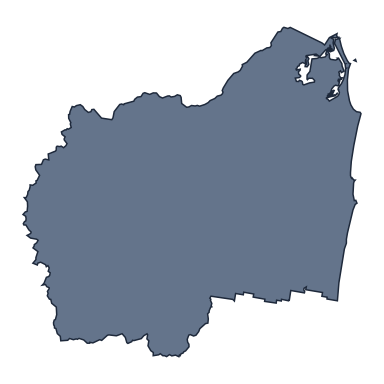 the district of Tweed, New South Wales, Australia
{"feature_id": "25037944B14398404968325", "entity_name": "Tweed", "entity_type": "district", "adm_level": 2, "iso_a3": "AUS", "parent_name": "Australia", "parent_adm1": "New South Wales", "projection": "natural_earth1", "projection_center": [153.453, -28.35], "detail": "fine", "context": "isolated", "style": "filled", "palette": "slate", "viewbox_px": 384, "rotation_deg": 0, "n_neighbors": 0, "source": "geoboundaries", "source_scale": "gbopen_adm2", "svg_char_len": 5771}
<svg xmlns="http://www.w3.org/2000/svg" viewBox="0 0 384 384"><path d="M337.4,300.8L338.9,282.8L344.4,248.9L346.4,243.2L346.4,239.2L347.5,232.8L353.0,209.9L355.2,204.4L357.0,203.2L355.8,200.3L354.3,200.6L353.0,194.2L353.6,183.2L354.1,181.4L355.2,180.1L353.8,180.0L352.2,178.0L351.9,178.5L351.3,177.9L350.5,175.7L350.5,172.6L351.3,161.4L353.8,145.6L357.7,126.1L361.0,113.7L360.1,112.3L356.5,111.7L353.4,109.2L350.9,105.0L349.5,100.9L347.6,90.9L347.4,80.0L348.5,69.2L350.5,63.6L349.2,63.3L347.3,60.6L343.8,53.5L341.4,46.4L339.6,39.0L339.9,38.5L335.5,39.6L334.5,43.2L345.0,63.9L345.6,63.9L345.1,64.3L345.6,68.3L346.1,68.3L345.6,68.6L345.0,74.4L343.3,79.8L341.5,83.5L338.2,88.1L338.3,89.6L339.2,90.0L338.3,90.0L339.4,92.3L338.8,94.7L337.6,96.3L329.3,101.1L327.9,99.3L326.5,98.6L326.5,97.8L331.2,96.6L327.3,97.4L327.5,96.4L329.1,96.2L327.6,95.6L328.2,94.7L330.3,96.2L329.0,94.2L331.1,94.8L332.5,91.8L333.3,92.3L331.5,95.1L331.4,95.8L331.7,96.5L335.0,95.8L337.3,93.8L337.1,93.3L335.1,95.4L334.3,94.8L331.6,95.9L334.2,90.5L333.7,90.3L332.3,91.1L330.5,93.7L329.6,93.5L330.7,92.4L331.8,88.8L334.0,86.1L335.6,85.2L337.7,85.8L338.6,85.3L340.1,79.5L338.6,81.6L338.0,80.8L338.5,79.2L341.4,79.3L342.2,77.8L340.6,77.8L339.2,75.2L339.5,74.1L338.8,72.1L340.5,70.8L341.3,72.6L343.7,71.4L343.7,70.2L342.1,66.1L341.9,63.7L338.5,58.1L337.5,58.2L337.9,58.5L337.4,59.3L335.5,60.1L330.4,59.3L329.4,57.6L329.4,54.0L326.9,50.3L325.7,54.0L327.1,54.7L325.0,57.0L321.0,57.7L319.6,57.2L317.0,58.4L312.0,58.9L309.9,71.5L307.1,75.0L307.0,79.1L307.4,79.7L308.8,78.3L312.5,78.3L314.6,80.5L314.4,82.1L309.5,82.9L303.9,84.9L302.8,84.4L302.3,81.8L301.5,81.0L299.4,80.3L298.6,81.5L296.4,81.4L295.3,78.1L299.2,77.6L300.6,76.6L300.6,75.7L298.7,74.1L298.5,71.6L300.0,70.4L300.2,69.2L295.8,70.2L296.6,69.7L296.1,69.0L296.8,68.6L297.6,66.4L299.2,65.8L299.5,64.2L302.5,62.5L306.0,63.9L305.4,61.1L305.8,59.1L306.4,63.9L305.4,64.7L305.1,66.6L307.1,66.8L308.8,64.5L307.9,60.8L308.9,58.7L307.5,56.6L306.1,58.5L306.4,57.1L305.9,56.2L306.4,55.6L316.1,54.1L317.4,55.0L315.1,55.0L314.6,55.6L320.0,56.3L325.7,49.8L327.2,49.3L327.9,48.1L330.0,47.6L330.5,46.4L329.7,46.0L330.0,45.4L330.7,46.7L330.6,48.3L331.9,48.8L332.2,49.9L330.9,50.5L329.3,49.5L330.0,48.8L330.5,49.8L331.3,49.6L329.9,48.1L328.5,48.5L327.7,49.9L330.2,51.8L333.7,50.5L334.4,48.4L333.1,42.9L333.7,39.3L331.4,38.2L332.4,37.1L335.3,37.9L336.7,37.2L337.7,37.6L339.7,37.3L337.4,37.2L336.6,35.3L337.0,33.7L329.4,37.6L324.6,45.0L322.1,43.0L290.2,27.4L287.9,28.5L283.9,27.3L282.5,28.3L280.8,31.5L277.9,32.0L276.7,33.8L270.9,42.8L271.4,45.5L269.9,47.5L266.8,47.9L262.0,50.7L261.0,50.4L254.9,53.2L246.8,62.3L242.2,64.6L242.5,66.2L240.2,70.4L238.2,71.9L233.7,73.5L227.9,80.3L223.3,87.9L222.2,90.6L223.0,92.1L222.4,93.8L220.9,95.2L217.3,96.1L214.8,98.5L210.1,100.6L208.2,102.6L204.8,104.5L199.6,106.2L197.3,105.4L195.2,106.0L191.5,105.5L189.0,106.9L186.7,107.3L181.7,103.5L181.1,97.3L180.2,95.6L177.3,94.8L174.6,96.4L171.1,97.0L169.4,95.9L167.7,96.0L162.5,98.0L159.4,96.6L156.5,93.0L153.2,92.9L149.7,94.4L144.8,92.7L143.1,93.3L141.0,96.6L137.4,97.1L134.7,99.3L133.8,101.2L124.2,103.8L123.7,104.7L121.5,104.0L119.7,104.5L114.2,111.6L113.0,117.8L111.8,119.7L101.5,118.1L93.9,109.3L91.8,109.6L90.9,111.7L88.3,112.4L84.7,109.5L82.8,106.5L80.3,104.7L76.4,105.6L74.4,107.0L72.2,106.5L70.1,111.4L69.6,114.3L68.6,114.6L68.7,118.4L70.8,122.6L70.3,124.0L71.2,127.5L68.3,129.2L67.2,128.7L66.0,130.0L65.1,129.8L61.4,131.9L62.1,134.5L65.1,136.8L64.1,139.0L64.3,140.0L67.0,143.6L66.0,145.6L63.6,147.7L61.1,146.1L60.0,146.6L57.1,146.2L56.3,147.1L56.2,150.1L55.5,151.1L48.2,154.0L48.8,159.9L45.2,159.1L43.4,159.8L41.5,164.4L35.9,164.6L35.2,166.7L35.8,169.9L39.6,175.3L37.1,180.4L36.0,180.8L36.1,183.0L32.7,185.3L30.1,184.9L30.1,186.7L29.2,190.2L28.0,191.5L27.6,194.6L26.1,197.6L24.3,197.6L27.4,201.8L27.6,206.3L27.1,211.4L25.3,211.9L23.0,214.5L25.7,216.3L26.1,218.7L25.8,220.9L24.5,221.6L23.3,223.7L23.9,225.0L25.9,225.0L28.9,229.9L31.0,231.8L31.0,232.9L29.7,234.1L27.0,235.4L30.6,238.1L36.6,239.2L38.1,240.3L36.7,242.8L34.3,244.6L34.1,246.2L33.0,247.9L37.9,251.6L35.9,257.6L35.9,259.6L32.9,263.2L37.3,265.0L37.9,263.1L40.7,262.2L45.6,264.7L46.3,266.7L47.9,265.6L49.2,267.9L48.2,271.3L50.2,272.8L49.7,275.3L48.6,276.6L46.4,277.3L44.0,283.3L42.3,285.1L45.5,284.5L46.7,286.6L49.1,287.7L49.2,288.6L47.4,291.4L48.1,293.2L47.3,295.8L49.4,299.1L50.8,299.4L51.7,303.3L56.3,307.1L56.7,314.7L55.4,319.5L54.2,320.1L53.5,322.7L53.7,325.0L54.3,325.7L54.5,328.0L55.9,328.5L57.3,333.6L60.3,336.3L60.8,340.8L67.7,340.3L69.6,338.5L73.4,339.7L76.2,338.9L77.4,339.3L79.0,338.4L83.7,339.9L87.2,343.2L89.7,343.2L89.8,342.3L92.9,342.9L99.7,339.7L101.7,340.4L107.4,335.3L108.9,334.9L116.4,335.8L122.1,333.7L125.3,337.4L126.8,342.6L127.9,343.4L131.7,341.7L132.5,340.3L133.9,340.6L141.3,338.6L143.8,335.7L147.0,333.8L147.6,334.7L146.9,338.9L148.8,340.8L148.0,345.8L150.8,350.7L153.3,352.5L153.2,355.7L158.7,354.8L160.3,353.7L162.8,355.7L164.7,355.7L166.6,356.6L169.5,354.6L171.8,355.9L175.5,355.1L178.9,356.7L179.4,355.1L180.1,355.7L181.2,353.6L182.9,353.2L183.8,351.8L185.6,350.9L189.0,346.8L188.9,344.2L187.7,342.3L187.2,339.4L188.8,335.1L190.3,334.6L193.6,336.0L196.0,335.2L198.7,331.6L199.8,328.7L205.5,323.6L207.9,323.1L208.3,318.9L207.6,313.8L209.1,312.3L209.2,310.7L210.7,307.1L211.8,306.8L211.2,305.8L211.8,303.4L210.5,300.5L210.8,299.2L209.8,298.2L211.0,296.2L232.8,299.4L234.4,301.0L235.6,293.5L243.3,294.8L243.7,292.2L253.7,294.0L253.2,297.1L264.9,299.2L264.6,301.4L276.2,303.1L276.6,300.2L281.3,301.0L281.5,299.3L288.5,300.8L288.6,300.1L289.3,300.2L290.8,290.5L304.4,292.9L304.7,291.7L303.8,289.9L304.0,288.3L306.3,286.9L305.8,289.7L322.5,292.5L321.9,296.3L327.1,297.2L327.0,299.0L337.4,300.8ZM356.1,61.3L355.5,59.4L354.0,60.4L356.1,61.3Z" fill="#64748b" stroke="#1e293b" stroke-width="1.5"/></svg>